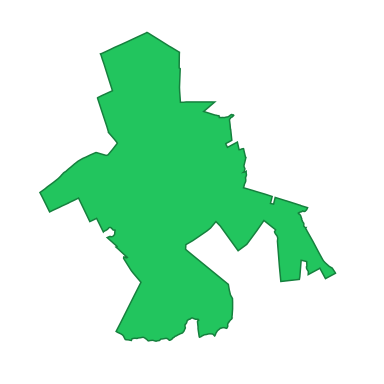 outline of Botoroaga, Teleorman, Romania, rotated 276°
{"feature_id": "2599482B64506943776635", "entity_name": "Botoroaga", "entity_type": "district", "adm_level": 2, "iso_a3": "ROU", "parent_name": "Romania", "parent_adm1": "Teleorman", "projection": "orthographic", "projection_center": [25.528, 44.138], "detail": "fine", "context": "isolated", "style": "filled", "palette": "green", "viewbox_px": 384, "rotation_deg": 276, "n_neighbors": 0, "source": "geoboundaries", "source_scale": "gbopen_adm2", "svg_char_len": 5914}
<svg xmlns="http://www.w3.org/2000/svg" viewBox="0 0 384 384"><g transform="rotate(276 192 192)"><path d="M70.6,245.0L70.6,244.8L74.3,244.8L79.9,244.6L86.7,243.9L90.3,243.4L93.7,241.0L98.5,239.3L103.9,237.8L129.6,198.6L133.6,192.6L134.4,191.6L139.0,191.4L143.6,197.7L147.8,202.7L154.9,211.0L158.1,214.2L165.1,218.9L161.2,223.6L138.4,244.0L145.6,251.9L160.1,260.4L171.2,266.5L163.3,278.9L163.1,279.1L161.0,278.2L159.3,279.2L157.0,281.3L155.1,282.1L152.0,282.1L126.6,286.8L112.3,289.7L116.3,307.9L119.0,308.1L135.5,307.7L135.4,309.2L134.8,313.3L130.3,314.0L129.5,313.6L127.8,314.0L125.1,316.0L122.0,316.2L128.9,326.3L129.6,327.1L119.8,333.8L126.2,343.2L126.6,343.0L131.0,339.4L132.4,336.2L135.6,331.8L137.1,330.1L138.2,329.2L145.1,324.4L155.4,317.5L165.8,310.1L166.8,309.6L167.2,309.0L167.8,308.8L168.5,309.1L168.4,308.6L168.7,307.9L169.3,307.2L169.9,306.7L171.5,306.6L172.6,306.4L173.4,305.6L174.0,305.2L174.4,304.8L174.8,304.8L175.5,304.4L176.1,303.9L177.0,303.9L177.7,303.5L179.7,302.6L180.4,302.1L180.9,301.5L181.2,301.3L181.3,301.1L181.3,300.8L181.4,300.4L181.8,300.0L182.2,299.9L182.5,300.2L182.6,300.4L183.1,301.2L183.2,301.5L183.6,302.1L183.8,303.1L184.2,303.5L184.7,303.9L184.6,304.5L184.3,305.5L184.6,306.4L184.9,306.7L186.4,307.9L187.0,308.0L187.4,308.3L188.5,308.6L189.0,306.0L189.8,301.8L190.2,300.9L190.3,299.9L191.1,296.3L195.3,275.3L188.5,274.4L188.8,271.2L195.9,272.2L197.1,266.7L197.5,264.8L199.2,255.6L199.8,252.7L201.6,242.8L202.0,242.9L205.5,243.4L206.2,243.6L206.5,243.8L207.5,244.1L208.5,244.3L210.4,244.1L211.3,243.8L212.2,243.7L212.3,243.9L214.6,244.4L215.4,244.2L217.0,243.8L218.2,243.7L217.8,243.2L217.3,242.2L217.0,241.1L217.5,241.6L217.9,241.9L219.5,242.0L220.4,242.2L220.7,242.2L221.2,241.9L222.9,241.0L223.5,240.9L231.9,242.0L231.9,241.7L232.1,241.6L233.3,241.2L238.4,239.4L239.2,239.2L239.8,238.9L240.4,238.8L240.5,238.7L240.5,238.4L239.9,236.7L239.3,235.8L239.0,234.4L246.4,231.9L240.1,222.6L243.2,220.6L243.6,220.5L244.7,222.0L245.4,223.1L247.6,226.2L258.3,223.9L258.3,223.7L263.0,222.8L267.7,221.7L268.2,221.8L269.4,222.6L270.1,222.8L270.8,224.1L272.5,225.5L272.7,225.4L273.0,225.1L272.8,224.4L273.2,223.6L273.2,223.2L272.6,222.3L271.4,221.1L270.5,219.9L270.3,219.3L270.1,218.3L269.4,216.4L269.3,214.5L269.1,213.4L269.1,212.6L268.9,211.4L269.6,211.3L270.7,210.8L270.6,209.8L270.9,207.9L270.9,206.9L273.3,195.2L283.9,205.2L280.9,176.6L280.4,174.5L280.0,171.1L290.8,169.2L294.8,168.6L313.1,167.4L313.5,167.3L313.9,166.4L314.6,166.2L327.6,165.0L329.7,164.9L330.1,163.9L333.6,156.5L334.6,154.1L339.4,144.4L344.1,134.7L345.4,132.1L346.0,130.5L345.8,130.3L345.3,129.6L339.7,120.2L335.1,112.6L331.2,106.0L327.7,99.8L325.4,96.2L322.8,91.9L320.3,87.7L319.8,86.5L318.5,87.3L315.0,88.8L309.9,91.2L298.8,96.0L284.4,102.3L278.5,92.3L276.0,88.4L275.8,88.2L275.6,88.2L263.5,93.6L248.2,100.5L242.6,102.8L242.5,102.7L242.2,103.0L241.1,104.2L236.7,108.9L234.3,111.3L233.1,112.4L232.6,112.6L225.8,108.4L220.3,104.7L219.9,104.2L219.5,103.2L219.5,102.8L219.5,102.3L221.1,93.5L221.2,92.9L221.2,92.3L218.4,87.3L215.6,82.8L214.0,79.9L210.7,75.4L207.6,72.2L206.1,70.8L204.2,69.0L202.1,66.9L199.1,64.2L198.8,63.8L198.4,63.1L198.1,62.9L197.6,62.3L197.1,61.9L196.7,61.7L195.1,60.4L194.1,59.8L191.9,58.0L191.0,57.2L186.9,53.0L181.9,47.5L179.6,45.3L175.6,40.8L171.4,43.6L157.3,52.5L159.3,55.6L162.9,61.7L164.6,64.3L167.9,70.0L168.0,69.9L174.1,79.8L151.9,93.5L153.0,95.3L155.8,99.9L147.4,105.2L143.0,108.0L143.5,108.3L143.7,108.7L144.6,109.8L144.7,110.3L145.3,110.9L145.7,111.5L146.3,112.1L147.7,113.0L147.9,113.3L148.1,113.8L148.2,114.1L148.2,114.6L148.0,115.2L147.8,115.6L147.3,115.8L147.0,116.6L146.3,117.1L146.1,117.3L146.0,117.6L145.9,118.3L146.1,119.4L146.0,119.5L145.7,119.6L144.4,119.4L141.9,119.5L141.6,119.4L140.2,118.5L139.9,118.3L139.5,117.7L139.1,116.6L139.0,115.9L139.3,115.2L139.2,114.9L137.8,112.4L136.2,114.6L131.8,120.7L131.8,120.8L130.1,123.1L129.9,123.2L129.3,122.1L127.8,124.3L122.2,131.7L120.2,134.6L119.8,134.2L119.6,133.5L119.7,133.2L119.9,133.1L119.9,132.8L120.3,132.0L120.2,131.1L120.2,130.9L118.9,130.9L118.2,131.4L107.5,139.8L105.0,142.2L96.9,150.7L83.6,145.6L54.1,134.5L45.4,131.1L44.7,132.5L43.6,135.8L42.8,137.5L42.3,138.2L41.7,138.8L38.5,140.9L38.3,141.1L38.2,142.0L38.3,144.1L38.0,147.2L39.8,147.7L40.2,148.9L40.6,150.4L40.6,152.4L40.7,152.9L41.1,153.6L41.4,154.5L41.6,155.8L42.3,158.0L42.4,158.4L42.3,159.3L41.8,160.4L40.4,162.8L39.5,163.8L39.4,164.2L39.5,164.8L39.8,165.4L40.4,168.2L40.4,168.8L40.0,170.8L39.9,171.6L39.9,171.9L40.5,173.4L40.8,174.7L40.9,175.1L42.3,176.3L42.6,176.6L42.6,176.8L42.7,177.6L43.0,178.7L43.7,181.1L43.8,182.1L43.7,182.5L43.2,183.6L42.2,184.9L42.2,185.4L42.9,186.6L43.9,187.7L44.3,187.9L45.1,188.4L45.2,188.8L45.6,189.3L46.7,190.2L47.2,191.3L48.3,192.8L48.7,193.2L48.8,193.7L49.7,194.9L49.9,195.5L50.3,196.1L50.8,197.2L50.9,197.3L52.7,198.5L53.7,198.8L54.5,199.1L55.1,199.2L55.9,199.6L56.7,199.5L57.1,199.2L58.2,199.0L59.5,199.0L59.6,199.3L61.3,200.3L62.0,200.4L62.9,200.6L63.4,200.6L63.7,200.7L64.0,200.9L64.6,201.9L65.2,202.4L65.2,202.6L65.2,203.0L65.3,203.3L65.8,203.7L66.1,204.0L66.2,204.3L66.6,204.7L66.8,205.1L66.8,205.4L66.6,206.1L66.3,206.8L66.3,207.2L66.2,207.5L66.1,208.1L65.9,208.4L65.8,208.5L65.9,209.1L65.9,209.6L65.9,211.0L66.1,211.2L65.3,212.1L65.1,212.0L64.5,211.3L64.2,211.1L63.7,211.0L63.1,211.1L58.6,212.1L56.7,212.3L55.0,212.7L49.2,214.2L48.4,214.6L48.6,215.0L48.7,215.4L48.9,215.8L49.8,216.9L51.3,219.2L51.7,221.0L52.7,223.6L52.9,225.6L52.9,227.2L52.8,227.5L52.3,228.3L51.4,229.3L51.2,229.6L52.5,230.2L53.7,230.4L54.2,230.6L54.7,230.9L55.4,231.2L56.3,231.6L57.0,232.1L58.9,234.0L59.5,234.4L59.7,235.4L59.9,235.6L59.9,235.9L60.2,236.4L60.4,237.4L60.4,237.9L60.4,238.6L60.0,240.5L60.1,240.8L60.3,240.9L61.6,241.5L62.2,241.6L64.2,241.3L65.1,241.5L65.4,241.6L65.8,242.0L66.4,242.1L66.6,242.2L66.7,242.5L67.1,242.6L67.4,242.8L68.4,243.4L69.2,244.0L69.6,244.6L70.6,245.0Z" fill="#22c55e" stroke="#15803d" stroke-width="1.5"/></g></svg>